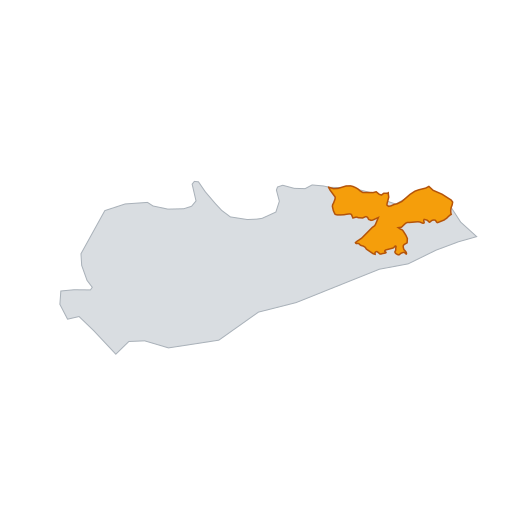 where An Nabatiyah sits in Lebanon, rotated 227°
{"feature_id": "LBN-3059", "entity_name": "An Nabatiyah", "entity_type": "Province", "adm_level": 1, "iso_a3": "LBN", "parent_name": "Lebanon", "parent_adm1": "", "projection": "orthographic", "projection_center": [35.465, 33.278], "detail": "fine", "context": "in_parent", "style": "filled", "palette": "amber", "viewbox_px": 512, "rotation_deg": 227, "n_neighbors": 0, "source": "natural_earth", "source_scale": "10m", "svg_char_len": 3645}
<svg xmlns="http://www.w3.org/2000/svg" viewBox="0 0 512 512"><g transform="rotate(227 256 256)"><path d="M279.8,86.5L311.8,86.4L332.4,85.3L338.3,75.1L354.4,79.6L363.5,89.4L355.5,99.8L344.1,111.8L344.8,114.9L353.4,115.8L368.0,122.1L377.0,129.5L392.3,176.4L383.3,195.8L369.2,213.2L362.8,214.8L350.4,223.5L339.9,235.3L336.3,242.8L337.2,249.7L352.1,258.3L352.6,261.8L349.5,264.5L337.5,262.7L322.0,262.0L312.8,262.0L302.1,263.9L288.6,274.5L282.6,281.5L279.4,286.1L274.6,300.5L280.1,310.4L290.3,315.9L291.8,318.8L289.5,323.8L279.4,330.1L271.8,337.8L269.7,345.5L261.2,353.1L256.0,356.7L246.1,366.9L236.3,375.2L216.4,388.1L211.9,395.7L207.4,388.9L198.7,393.6L191.4,422.7L176.1,432.5L157.1,431.6L141.1,428.8L119.7,430.6L128.4,413.6L137.5,391.6L146.5,361.9L162.2,337.2L194.6,253.5L213.3,219.5L219.8,171.4L248.5,129.3L269.9,116.7L280.2,104.7L279.8,86.5Z" fill="#d9dde1" stroke="#a8b0b8" stroke-width="1"/><path d="M210.9,394.9L208.5,393.2L205.1,387.8L204.1,386.5L201.9,386.8L200.6,388.9L199.6,391.9L197.9,394.9L196.4,399.9L196.0,410.8L195.0,416.5L193.4,420.2L189.9,426.5L189.0,429.9L183.3,430.3L174.3,434.2L163.8,436.9L161.3,436.6L159.6,434.3L158.3,431.7L156.5,429.4L154.4,427.7L153.3,427.2L153.6,425.6L153.7,423.1L153.6,422.5L153.6,421.3L153.6,420.8L153.9,419.8L153.9,418.7L154.0,418.2L156.3,412.2L156.8,411.3L157.8,411.2L159.2,411.5L159.7,411.5L160.1,411.4L160.4,411.2L161.3,410.3L161.7,409.6L162.1,408.7L162.2,406.5L162.4,405.9L163.2,405.7L164.9,405.7L165.4,405.6L166.0,405.3L167.8,404.2L168.1,403.9L167.8,403.1L167.4,402.7L166.9,402.4L166.4,402.2L166.0,402.0L165.6,401.6L165.7,401.1L166.0,400.5L167.1,399.9L167.8,399.6L169.0,399.1L169.9,398.4L171.0,397.3L176.1,390.8L177.0,390.0L177.6,388.9L177.9,387.7L177.9,384.1L177.8,383.2L177.9,381.9L179.7,379.4L176.8,380.0L176.0,380.6L175.2,380.7L174.0,380.7L169.1,379.8L165.5,378.6L162.6,375.5L163.4,372.0L163.0,370.5L162.5,370.1L162.0,369.7L160.0,368.6L159.5,368.5L159.0,368.6L157.0,368.5L156.4,368.4L155.9,368.2L155.4,367.9L155.0,367.6L154.9,367.3L155.2,367.1L157.0,367.0L157.7,366.7L158.2,366.1L158.8,364.7L159.1,363.9L159.2,363.2L159.2,362.0L159.3,361.5L159.8,360.9L160.7,360.4L162.6,359.9L163.5,360.0L164.2,360.3L164.5,360.8L164.8,361.8L165.1,362.3L165.5,362.7L166.3,363.4L166.6,363.7L166.8,364.1L167.3,364.8L167.7,365.0L168.1,364.9L168.4,364.3L168.2,362.4L168.5,361.4L171.8,355.3L172.0,354.7L172.0,354.2L172.0,353.7L171.7,353.4L171.3,353.3L170.3,353.6L169.9,353.5L169.8,353.1L170.1,352.4L171.6,350.0L172.0,349.1L172.5,348.4L173.0,348.0L175.1,347.8L176.3,347.6L176.8,347.4L177.2,346.9L177.4,345.8L177.2,345.2L176.8,344.8L176.3,344.6L176.0,344.3L177.8,343.2L185.8,341.4L187.3,341.7L188.4,341.7L189.0,341.5L190.1,341.2L192.1,340.0L192.7,339.8L193.3,339.7L194.3,339.7L194.8,339.6L195.3,339.4L195.8,339.0L196.1,338.6L196.5,338.0L197.1,337.7L197.5,337.7L197.8,337.9L197.9,338.0L198.0,338.0L197.9,339.9L197.0,345.4L197.0,346.0L197.6,360.5L197.2,363.5L197.8,365.3L200.7,371.7L202.7,365.8L203.7,364.3L204.5,364.1L204.8,363.9L205.5,363.5L205.8,363.4L206.2,363.4L206.6,363.5L207.0,363.6L207.4,363.8L208.0,363.9L209.1,363.7L209.7,363.4L210.1,362.8L210.3,362.3L211.1,359.9L214.3,356.9L215.4,356.4L216.2,355.7L217.7,352.8L221.3,354.1L222.7,353.5L224.5,351.1L226.1,348.6L228.1,346.2L230.6,343.5L231.9,342.6L232.8,342.3L236.4,343.5L240.2,345.7L241.3,347.1L241.8,348.7L243.7,352.6L244.5,353.5L245.1,354.1L253.6,355.1L256.7,355.9L256.8,356.0L252.3,358.7L249.5,362.1L245.8,369.6L242.8,373.0L240.6,374.4L238.0,375.5L235.4,376.3L232.9,376.5L229.6,377.4L222.5,384.9L221.0,387.7L217.1,388.2L215.0,389.3L214.7,392.3L212.2,394.9L212.0,395.8L210.9,394.9L210.9,394.9Z" fill="#f59e0b" stroke="#b45309" stroke-width="1.5"/></g></svg>